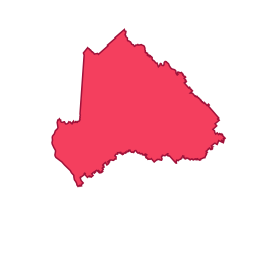 Yass Valley, New South Wales, Australia, rotated 130°
{"feature_id": "25037944B7628366145494", "entity_name": "Yass Valley", "entity_type": "district", "adm_level": 2, "iso_a3": "AUS", "parent_name": "Australia", "parent_adm1": "New South Wales", "projection": "natural_earth1", "projection_center": [148.958, -34.926], "detail": "fine", "context": "isolated", "style": "filled", "palette": "rose", "viewbox_px": 256, "rotation_deg": 130, "n_neighbors": 0, "source": "geoboundaries", "source_scale": "gbopen_adm2", "svg_char_len": 5767}
<svg xmlns="http://www.w3.org/2000/svg" viewBox="0 0 256 256"><g transform="rotate(130 128 128)"><path d="M55.6,171.5L57.6,173.0L57.8,173.4L57.7,174.1L58.3,174.1L59.4,175.3L60.1,175.1L61.3,175.6L60.8,177.3L61.2,178.0L61.4,179.0L60.5,181.4L60.9,182.7L60.7,183.2L61.3,184.2L61.0,185.0L59.4,186.4L59.4,188.1L59.1,188.8L58.5,189.3L58.5,190.1L57.0,190.8L56.6,190.8L56.3,191.2L55.5,191.5L55.3,191.7L55.7,192.5L55.6,193.2L54.9,194.1L67.1,196.1L67.3,195.3L77.7,197.0L77.9,196.1L90.6,198.0L90.4,199.2L93.0,201.3L92.6,202.5L92.7,203.4L92.5,204.2L92.9,204.7L92.3,207.0L92.7,207.6L92.3,208.6L92.6,209.8L92.4,210.5L99.2,210.4L100.3,208.5L148.3,173.6L148.6,172.9L150.2,172.1L150.5,171.5L151.4,171.3L152.0,170.5L152.4,170.2L152.9,170.3L153.4,169.8L154.3,170.0L155.3,170.7L156.1,170.4L156.5,170.6L156.6,171.1L156.4,172.0L156.7,172.3L157.5,172.0L158.3,172.8L158.2,173.5L157.8,174.1L159.4,174.1L159.9,173.5L160.8,173.5L160.9,173.9L160.6,174.6L160.9,175.3L160.5,176.0L161.3,177.0L161.3,177.3L162.9,177.0L164.4,177.6L165.0,178.5L164.1,180.7L164.5,181.1L165.4,181.4L166.4,182.7L166.2,183.9L165.2,184.6L165.4,185.5L165.1,186.5L166.5,186.3L167.0,186.9L169.3,185.8L172.7,181.9L173.9,181.6L176.8,181.9L179.8,180.7L182.8,180.6L183.9,180.0L185.9,178.0L188.1,176.8L189.0,175.7L190.7,172.1L191.7,169.3L192.6,168.4L195.6,166.7L196.3,165.8L196.9,164.3L196.5,156.9L197.1,152.9L197.7,144.8L198.6,142.7L199.1,139.1L200.4,137.9L202.1,135.8L202.6,133.8L203.3,132.0L204.5,130.4L204.9,128.7L203.3,128.4L203.5,127.4L202.4,127.2L202.5,126.8L202.2,126.4L201.1,127.5L200.0,127.0L198.9,127.0L198.4,130.2L196.7,132.8L196.1,132.9L195.8,132.4L192.1,131.6L191.6,131.7L191.3,132.1L190.5,132.3L190.3,132.8L190.5,131.4L191.3,131.5L191.9,127.3L189.7,126.9L189.9,125.7L189.1,125.6L189.2,124.6L186.8,124.2L186.5,126.3L184.1,125.9L184.2,124.8L182.6,124.6L182.5,124.9L182.7,125.3L180.7,124.9L180.8,123.8L180.1,123.7L180.1,123.3L179.5,123.2L179.7,121.8L180.7,122.0L180.8,121.2L180.4,120.5L179.0,120.2L179.1,119.7L177.6,119.4L177.5,120.3L175.6,120.4L175.3,121.9L173.7,121.7L173.8,121.3L173.2,121.2L173.0,123.0L172.1,122.8L172.0,123.6L169.0,123.2L169.9,120.4L167.8,120.0L167.2,120.2L167.2,120.6L166.2,120.4L166.1,121.2L166.4,121.6L164.7,121.3L164.8,120.8L163.9,120.9L163.4,120.5L162.3,118.5L161.8,118.2L160.3,118.2L160.1,117.8L159.6,117.7L159.4,117.3L157.7,118.6L157.8,120.2L157.6,120.3L155.9,120.4L155.4,120.1L154.7,119.2L154.1,119.4L153.6,120.1L153.2,119.4L152.8,119.3L152.4,118.0L151.7,118.4L151.5,118.1L151.9,118.0L151.8,117.0L151.5,116.8L151.4,116.5L152.0,116.2L151.8,115.6L151.9,115.2L151.1,114.8L150.7,115.1L150.6,114.8L149.5,114.8L148.9,113.9L148.5,114.1L148.6,113.7L148.3,113.6L148.0,113.9L146.9,113.3L146.4,113.6L146.3,113.0L145.7,112.5L145.0,113.0L144.7,112.8L144.3,113.0L143.7,112.1L144.4,111.3L144.3,109.7L143.9,109.1L143.2,108.8L143.1,107.9L140.9,108.1L140.2,107.5L140.8,105.7L140.6,105.0L140.9,104.6L140.5,103.8L139.6,103.5L140.0,102.0L138.6,100.9L138.6,100.6L139.2,99.8L138.9,99.0L138.5,98.5L138.1,98.5L138.1,98.1L136.8,98.0L136.5,97.3L136.5,96.5L137.2,96.9L138.2,96.7L138.1,95.9L139.1,95.4L139.2,94.5L138.8,94.2L138.6,93.6L139.2,92.6L138.2,91.8L137.9,91.1L136.9,90.4L136.5,90.4L137.2,86.1L133.3,85.4L133.3,85.0L133.0,84.9L132.0,84.0L132.1,83.6L131.8,83.5L131.4,81.9L131.1,81.6L129.8,82.0L129.5,82.8L128.4,83.9L127.9,83.7L126.8,84.1L125.5,81.8L122.3,81.2L122.1,80.9L123.7,80.3L123.7,79.7L123.2,79.3L123.2,78.6L122.7,78.2L124.1,68.9L123.8,68.4L123.3,69.0L122.8,69.1L122.6,69.6L121.2,70.0L120.6,68.5L120.1,68.6L118.3,67.9L118.0,67.5L116.8,67.8L116.4,67.4L115.2,67.9L114.8,67.7L114.1,68.1L113.7,67.2L115.0,66.2L114.5,65.5L115.0,64.7L114.8,64.1L114.2,63.8L113.6,64.0L112.9,63.1L112.7,61.9L112.4,61.9L112.3,61.5L112.5,61.1L112.4,60.6L112.5,60.0L112.0,60.1L111.1,59.3L110.6,59.2L110.5,58.8L110.6,58.1L110.3,58.0L110.4,57.4L109.1,56.8L108.8,56.9L108.2,56.4L108.6,55.5L108.3,55.2L107.5,55.5L107.1,55.2L107.5,55.0L107.6,54.5L107.0,53.7L106.5,53.6L106.6,52.6L105.9,52.5L106.0,52.1L105.6,51.9L104.8,52.3L103.0,51.2L102.2,51.1L101.4,50.0L99.6,50.6L97.8,50.9L97.7,51.3L96.9,51.4L96.7,51.6L96.8,51.9L95.6,51.7L95.5,53.2L92.6,52.7L92.6,53.0L91.0,52.8L91.3,50.9L90.4,50.8L90.5,50.0L89.6,49.9L89.3,51.1L88.1,50.9L88.3,51.2L88.1,52.6L84.1,51.9L83.4,50.8L83.6,50.0L83.3,49.1L79.3,50.4L78.6,47.6L77.2,48.3L76.9,47.7L78.4,46.9L78.0,45.5L75.5,46.7L75.2,47.2L75.0,48.0L74.3,47.9L74.4,47.1L73.4,47.0L73.1,50.1L72.4,51.3L72.3,51.9L73.0,52.0L72.7,53.0L73.6,53.2L73.4,54.2L74.8,54.4L74.4,56.5L76.3,56.9L75.7,58.6L74.6,59.8L74.5,62.1L69.3,61.4L68.8,64.0L63.4,63.1L63.1,64.9L64.2,65.3L62.0,64.9L59.5,80.7L58.2,80.5L58.0,81.7L59.9,82.0L59.4,85.3L59.7,85.1L60.4,85.6L60.1,87.7L60.5,87.7L60.2,90.0L59.8,89.9L59.7,90.8L59.9,90.8L59.5,93.2L59.8,93.3L59.4,95.5L60.2,95.7L60.0,96.8L60.6,96.9L60.1,99.8L60.0,101.1L61.2,102.8L58.1,102.5L57.8,104.6L58.1,104.7L57.8,106.6L57.3,106.6L57.2,107.0L58.3,107.2L57.3,113.9L56.5,113.8L56.6,113.4L55.0,113.1L54.8,114.5L54.2,114.4L53.9,116.9L52.0,116.6L51.9,117.7L52.5,117.8L52.1,120.4L51.5,120.3L51.1,122.8L52.2,123.5L52.7,125.2L53.2,125.8L54.2,125.5L54.7,124.2L55.6,124.2L55.8,124.6L55.1,126.5L53.7,127.9L53.4,128.5L53.4,129.8L54.5,132.3L54.6,133.5L53.8,136.3L52.8,138.1L52.7,139.6L52.8,140.5L52.6,141.0L52.8,141.8L53.2,142.3L54.5,142.4L56.3,141.2L57.3,141.0L57.8,141.4L58.1,142.0L58.1,142.5L57.4,144.0L57.7,144.6L58.3,144.6L59.7,143.9L61.5,144.1L59.6,147.5L60.2,147.9L60.3,148.7L60.0,149.9L59.8,151.8L60.2,152.4L59.6,154.0L58.6,154.6L58.3,155.7L58.8,156.4L58.4,156.6L58.3,157.5L58.4,158.0L59.4,157.8L58.8,158.8L58.9,159.3L59.7,159.2L59.8,159.9L59.0,160.1L58.7,160.5L58.8,161.1L58.4,161.2L58.6,161.6L58.4,161.7L58.4,162.3L59.0,162.9L58.8,163.6L57.7,164.3L57.0,165.6L56.0,166.3L55.0,168.0L55.0,168.9L54.9,169.0L55.5,170.5L55.4,170.9L55.6,171.5Z" fill="#f43f5e" stroke="#9f1239" stroke-width="1.5"/></g></svg>